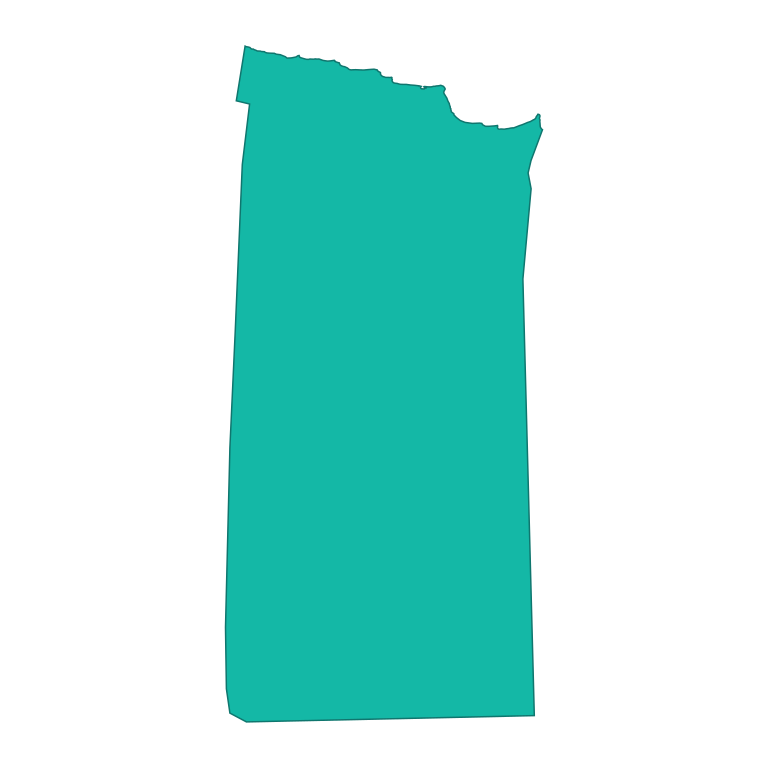 outline of Marsa Matruh, Matruh, Egypt
{"feature_id": "37247803B7137912263252", "entity_name": "Marsa Matruh", "entity_type": "district", "adm_level": 2, "iso_a3": "EGY", "parent_name": "Egypt", "parent_adm1": "Matruh", "projection": "natural_earth1", "projection_center": [27.133, 30.048], "detail": "fine", "context": "isolated", "style": "filled", "palette": "teal", "viewbox_px": 768, "rotation_deg": 0, "n_neighbors": 0, "source": "geoboundaries", "source_scale": "gbopen_adm2", "svg_char_len": 2672}
<svg xmlns="http://www.w3.org/2000/svg" viewBox="0 0 768 768"><path d="M542.5,129.7L541.6,129.0L540.8,127.9L540.3,126.9L540.1,124.8L540.0,123.0L539.8,121.7L540.0,119.9L539.6,119.1L539.4,118.4L539.7,117.3L540.0,116.0L539.7,115.1L539.2,114.6L538.4,114.3L537.8,114.3L537.4,115.2L536.5,116.3L536.2,116.8L535.9,117.9L535.2,118.7L534.5,119.4L533.4,119.8L531.6,120.9L530.0,121.7L527.5,122.5L525.2,123.5L522.0,124.8L519.5,125.6L516.5,126.8L513.6,127.9L512.1,127.9L510.5,128.1L508.8,128.5L506.5,128.8L504.3,129.2L502.7,129.1L500.9,129.0L499.6,129.2L498.8,129.2L497.9,128.6L497.5,127.5L497.5,126.9L497.7,126.2L497.5,125.5L494.6,125.9L488.8,126.3L485.5,126.3L483.6,125.3L482.6,124.7L481.8,123.4L479.6,123.1L472.3,123.4L465.1,122.4L460.2,120.5L456.4,117.5L454.0,115.0L453.9,114.3L453.8,113.7L452.6,112.8L451.3,111.8L451.1,110.4L450.8,109.7L450.9,108.9L450.3,108.1L450.2,106.6L449.8,105.7L449.4,104.4L449.3,103.5L448.4,102.0L447.8,100.8L447.2,99.1L446.9,98.2L446.2,97.1L444.8,94.8L444.2,93.9L443.8,92.9L443.8,91.8L444.2,90.9L445.2,89.0L444.6,87.7L443.4,86.3L440.8,85.3L438.5,85.8L435.8,86.0L435.4,86.3L433.6,86.3L431.1,86.9L429.3,86.9L427.2,86.8L425.8,86.6L424.7,86.5L424.0,86.6L423.8,86.8L424.5,87.3L426.3,87.6L426.0,88.1L425.1,88.0L424.0,89.0L422.9,88.8L422.0,88.9L420.9,88.4L420.5,87.7L420.7,87.0L421.2,86.4L419.5,85.9L419.0,86.1L418.8,85.8L414.7,85.3L410.6,85.0L406.9,84.5L406.3,84.4L403.0,84.4L400.3,84.3L398.6,83.9L397.1,83.4L395.9,83.3L394.6,83.1L393.4,82.7L392.4,81.6L392.0,80.5L392.3,79.7L391.8,78.5L392.0,77.8L391.6,77.3L389.9,77.5L388.0,77.4L385.6,77.4L384.2,76.9L382.4,76.4L380.8,74.8L380.4,74.1L380.6,73.0L380.1,72.3L378.6,71.6L377.5,70.6L377.2,69.9L376.4,69.7L375.4,69.5L374.1,69.2L370.9,69.4L368.3,69.6L364.2,70.0L362.4,70.0L359.8,69.9L355.7,69.7L352.7,69.8L351.3,69.9L350.3,69.8L348.9,69.3L347.5,68.0L344.7,66.7L343.0,66.4L341.2,65.7L340.0,64.8L339.8,64.1L339.4,63.3L339.2,62.8L338.2,62.6L336.3,62.0L334.9,61.4L334.8,60.6L334.3,60.3L330.3,60.9L327.6,61.1L325.4,60.8L323.0,60.4L321.0,59.7L319.0,59.0L317.0,59.1L315.3,58.9L313.5,59.2L311.2,59.1L310.0,59.0L308.4,59.4L306.3,59.3L303.7,58.6L300.7,57.7L299.6,57.1L299.3,56.1L299.1,55.5L298.0,55.7L295.9,57.0L291.3,57.9L287.1,58.1L285.3,56.7L280.3,54.7L276.3,54.2L274.3,53.3L270.8,53.2L268.9,53.1L266.8,52.9L265.3,52.4L264.4,51.7L261.4,51.5L260.2,51.1L257.4,51.0L256.1,50.4L255.8,50.2L254.2,49.7L253.4,49.1L252.5,49.1L251.3,48.9L249.9,47.5L248.2,47.0L246.3,46.7L245.1,46.1L236.3,100.8L249.6,104.0L242.3,164.5L235.2,332.0L229.9,447.8L227.2,558.0L225.5,627.4L226.4,688.8L229.9,713.1L246.4,721.9L534.3,715.6L522.9,279.0L531.1,188.8L528.1,173.0L531.0,160.6L542.5,129.7Z" fill="#14b8a6" stroke="#0f766e" stroke-width="1.5"/></svg>